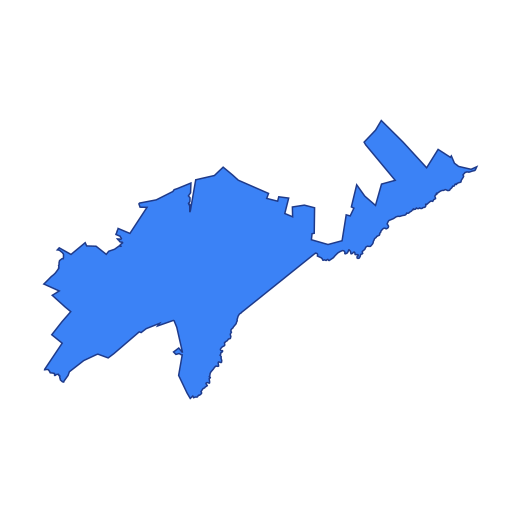 General Simón Bolívar, Durango, Mexico (orthographic projection), rotated 98°
{"feature_id": "50627088B90896625160823", "entity_name": "General Simón Bolívar", "entity_type": "district", "adm_level": 2, "iso_a3": "MEX", "parent_name": "Mexico", "parent_adm1": "Durango", "projection": "orthographic", "projection_center": [-103.073, 24.84], "detail": "fine", "context": "isolated", "style": "filled", "palette": "blue", "viewbox_px": 512, "rotation_deg": 98, "n_neighbors": 0, "source": "geoboundaries", "source_scale": "gbopen_adm2", "svg_char_len": 6055}
<svg xmlns="http://www.w3.org/2000/svg" viewBox="0 0 512 512"><g transform="rotate(98 256 256)"><path d="M140.3,50.8L136.9,49.8L140.2,55.1L139.1,67.8L136.5,72.4L129.7,76.5L131.2,77.3L125.1,90.5L144.9,99.3L122.7,126.3L104.4,150.8L114.7,155.1L128.2,164.8L130.7,162.8L161.7,128.7L167.3,141.7L189.3,144.7L181.6,156.6L171.5,166.2L194.1,168.4L195.0,165.7L203.2,168.3L202.7,172.4L228.9,172.9L234.6,186.3L232.2,203.4L226.1,203.6L225.4,201.5L200.1,204.7L198.9,215.2L202.4,226.8L212.1,225.2L209.9,233.4L194.1,231.7L194.2,241.7L198.7,242.2L197.5,253.4L192.3,252.3L183.4,284.1L179.1,290.4L174.2,298.3L172.6,300.9L182.1,308.4L188.9,326.3L220.5,327.3L221.8,327.7L215.7,328.6L214.6,328.6L214.6,329.0L214.1,328.8L213.9,328.9L214.1,329.7L213.2,330.2L212.0,329.3L211.0,329.0L207.5,329.5L205.9,331.3L202.5,329.6L192.8,330.6L200.2,343.3L201.7,346.3L203.7,347.3L214.3,362.6L219.8,378.7L220.7,379.2L223.8,377.6L223.0,370.7L251.2,384.0L247.9,396.4L249.1,396.5L250.1,396.9L251.1,396.9L251.2,397.1L252.8,397.3L254.0,397.8L254.2,397.7L255.4,393.2L256.0,393.0L256.6,392.3L257.4,391.7L258.4,392.2L258.2,393.2L258.4,395.6L259.1,394.9L259.4,394.0L259.8,393.8L260.8,392.9L261.0,392.2L261.0,390.3L261.3,390.0L261.5,389.9L263.6,391.9L264.8,391.4L265.1,391.1L265.3,391.5L265.2,392.0L264.6,392.4L269.0,397.0L271.8,402.5L275.2,404.5L268.6,415.7L269.6,425.1L266.6,427.0L280.2,439.4L275.3,452.0L277.6,453.6L277.6,451.6L279.7,448.1L280.3,447.6L280.4,447.3L281.7,446.7L282.6,446.7L284.4,446.4L285.0,446.5L285.6,446.7L285.4,447.2L285.9,448.0L287.9,449.9L290.0,450.1L292.0,449.8L293.3,450.4L292.9,450.1L294.6,449.6L295.4,449.9L295.7,449.6L299.1,451.4L300.9,452.4L302.7,453.8L304.8,455.8L313.3,462.2L318.0,446.0L323.3,452.3L333.0,438.0L336.9,431.7L348.1,439.0L362.4,447.3L369.3,435.8L397.6,449.5L398.1,449.5L398.0,449.0L397.6,448.2L397.4,446.1L398.3,444.9L398.7,444.7L399.2,444.1L400.0,443.8L400.3,443.5L400.3,443.0L400.2,441.4L400.4,439.2L400.9,439.0L401.9,439.0L402.3,438.7L402.1,438.0L401.4,437.6L401.1,437.0L400.6,435.3L401.0,435.0L401.6,434.2L401.8,434.3L401.8,434.0L402.1,433.6L403.1,433.4L404.0,433.4L404.8,432.7L405.4,432.7L405.9,432.5L407.5,430.2L407.6,428.9L407.4,428.8L407.2,428.9L406.6,428.7L400.5,425.5L396.6,424.7L383.5,412.0L376.0,400.5L375.3,399.3L375.2,398.8L377.5,388.2L372.5,383.2L347.4,361.1L347.8,359.1L343.2,354.6L336.1,342.1L338.9,343.6L331.3,328.9L331.5,328.1L337.7,324.5L361.9,315.3L357.9,319.7L362.5,324.3L364.6,321.6L363.3,318.6L364.0,316.7L364.2,316.4L364.2,315.3L385.0,316.0L401.3,305.2L406.2,301.3L403.5,299.1L405.0,298.0L404.1,296.5L403.9,294.7L403.5,294.3L402.0,293.6L401.8,293.2L401.7,292.6L401.4,292.2L399.9,290.9L399.4,290.8L398.6,291.0L398.2,291.5L397.9,291.6L394.7,290.0L393.7,288.5L392.9,288.1L391.2,286.2L391.0,286.3L389.5,287.7L389.1,287.8L388.8,287.7L388.4,287.3L388.2,286.9L388.1,286.3L388.4,284.8L388.4,284.5L388.1,284.3L387.0,284.4L384.1,285.3L383.2,284.5L382.8,284.3L382.4,284.5L382.4,285.2L382.1,285.5L380.8,285.1L378.7,285.1L377.0,284.5L373.9,282.5L372.1,281.6L370.8,280.6L370.6,280.2L370.6,278.5L370.3,277.8L369.6,277.8L367.1,278.6L366.2,278.4L366.1,277.9L366.4,275.9L366.3,275.6L365.9,275.3L364.2,275.4L362.0,276.4L360.7,276.4L360.2,276.7L359.2,277.8L358.3,277.3L356.8,277.4L356.1,276.4L355.3,275.9L354.7,275.8L354.4,276.1L354.7,276.9L354.4,277.7L353.8,278.2L353.1,278.2L352.6,278.1L350.6,276.7L349.4,275.0L348.9,274.6L348.2,274.6L346.6,275.1L346.0,275.1L345.9,274.7L344.8,273.9L343.9,272.7L342.0,271.7L341.5,270.3L341.1,269.9L339.2,269.7L337.7,270.4L336.9,270.6L334.8,269.7L334.1,270.4L332.4,270.4L331.6,269.9L330.5,268.9L329.4,268.5L325.9,266.3L323.9,266.0L322.9,265.6L321.3,265.9L320.0,265.6L318.2,265.4L315.7,264.3L314.6,262.9L314.0,262.6L244.9,197.6L245.1,197.3L244.9,196.6L244.9,196.2L245.3,195.6L245.9,195.2L247.5,195.2L248.2,192.8L248.8,191.0L249.5,190.1L250.8,189.3L250.9,188.9L250.3,187.7L250.6,186.5L250.6,185.8L249.8,185.2L249.4,184.5L249.4,184.3L250.2,183.6L250.3,182.9L246.9,179.1L244.6,177.7L241.6,175.4L240.1,173.6L238.6,171.2L238.6,170.0L239.0,169.2L239.3,168.9L240.2,168.4L241.2,168.4L241.4,168.1L241.4,167.8L240.8,166.7L240.2,166.0L238.8,165.4L237.3,165.1L237.0,165.0L236.9,164.7L238.4,163.0L240.3,162.4L240.6,162.1L240.5,161.7L240.1,161.0L238.6,159.8L238.4,159.4L238.7,158.9L239.1,158.5L240.5,158.2L240.8,157.9L240.5,156.1L240.5,155.2L240.9,154.9L241.2,154.8L241.7,154.9L242.1,155.6L242.4,155.8L243.1,155.8L243.9,155.6L244.2,154.7L244.0,154.0L243.7,153.5L243.4,153.3L241.7,152.7L239.9,152.6L239.1,151.1L238.5,150.7L237.3,151.4L236.8,151.4L234.3,149.2L232.0,148.5L231.3,147.8L230.7,146.8L230.8,145.6L230.6,144.4L230.5,144.0L229.7,143.4L227.9,142.3L226.8,141.9L225.0,141.8L223.8,141.3L222.3,141.0L220.9,139.6L219.8,139.2L219.4,138.4L218.8,137.8L218.4,136.9L218.1,136.7L217.2,136.5L216.6,136.7L216.2,136.6L215.4,135.9L213.9,135.7L211.8,134.4L210.9,133.5L210.6,132.9L210.5,132.0L210.9,131.4L210.9,130.6L210.2,129.7L209.5,129.1L208.8,128.9L208.0,128.9L206.9,129.7L206.3,130.4L205.7,130.6L202.9,129.7L202.3,129.2L199.8,125.0L197.7,122.7L196.9,120.9L196.8,119.2L195.6,116.7L194.8,114.2L193.9,113.2L192.6,112.8L192.6,112.0L192.3,110.8L191.1,109.8L189.9,108.3L187.6,106.8L187.5,106.6L188.1,106.2L187.6,105.5L187.6,105.0L187.5,104.7L186.2,103.9L186.3,103.6L186.6,103.0L186.5,102.6L186.5,101.7L185.6,100.7L186.0,99.8L185.9,98.5L185.6,98.0L184.9,97.5L184.5,96.2L183.9,95.2L182.6,94.8L181.2,95.2L181.0,94.8L181.1,94.0L179.4,92.6L177.4,90.7L177.2,89.9L177.3,89.3L177.3,88.6L175.3,87.8L175.1,87.3L174.2,86.2L173.6,86.3L172.3,87.1L171.5,87.1L170.9,86.9L169.6,85.6L169.1,86.1L168.7,86.0L168.5,85.0L166.4,82.8L165.8,82.0L165.1,80.6L164.9,79.3L163.9,77.9L164.1,76.5L164.5,75.6L164.3,74.1L163.9,73.4L162.8,73.0L161.7,72.0L160.8,71.4L159.5,71.0L159.4,70.1L159.0,69.4L157.5,69.0L157.1,68.7L157.0,68.4L157.3,67.8L157.3,67.5L157.0,67.3L156.2,67.1L155.9,66.5L155.2,65.5L154.8,64.3L154.1,63.3L152.6,63.3L149.3,61.8L148.4,61.5L148.0,61.5L147.6,61.9L147.0,62.2L146.5,62.2L145.1,61.1L144.1,60.6L144.0,60.0L143.4,59.0L143.3,57.5L143.4,57.1L143.1,56.1L141.9,53.8L141.1,51.7L140.9,51.3L140.3,50.8Z" fill="#3b82f6" stroke="#1e3a8a" stroke-width="1.5"/></g></svg>